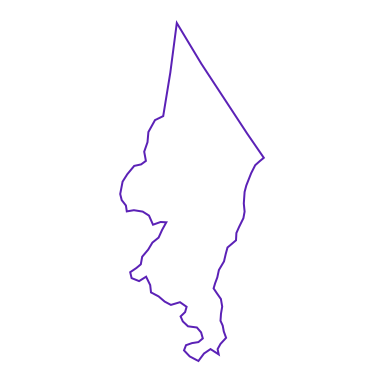 the district of Pedra Mole, Sergipe, Brazil
{"feature_id": "56859067B37266800434782", "entity_name": "Pedra Mole", "entity_type": "district", "adm_level": 2, "iso_a3": "BRA", "parent_name": "Brazil", "parent_adm1": "Sergipe", "projection": "orthographic", "projection_center": [-37.683, -10.623], "detail": "fine", "context": "isolated", "style": "outline", "palette": "violet", "viewbox_px": 384, "rotation_deg": 0, "n_neighbors": 0, "source": "geoboundaries", "source_scale": "gbopen_adm2", "svg_char_len": 1191}
<svg xmlns="http://www.w3.org/2000/svg" viewBox="0 0 384 384"><path d="M176.8,23.0L170.3,72.7L163.2,116.1L155.0,120.1L148.4,132.0L147.5,142.2L144.2,151.7L145.9,160.9L141.1,164.4L134.2,165.9L127.3,174.2L122.6,181.6L120.2,194.0L121.7,200.1L125.9,205.5L126.8,211.4L133.9,210.2L142.7,211.6L149.0,215.6L153.0,224.7L160.6,222.0L166.3,222.3L162.1,229.9L158.6,237.6L152.4,242.6L148.2,249.6L142.2,256.7L140.8,264.3L136.4,268.0L130.2,272.2L131.6,278.1L139.1,281.1L146.1,276.7L150.2,285.1L151.0,292.4L158.6,296.4L164.7,301.6L170.9,304.9L180.0,302.2L186.6,306.8L185.1,312.1L180.6,316.4L182.8,321.4L188.0,326.3L196.9,327.5L201.1,332.4L202.8,338.4L198.4,342.1L192.0,343.1L186.0,345.2L184.0,350.4L189.7,356.4L198.4,361.0L204.0,353.5L210.5,349.1L218.7,354.4L217.6,349.1L220.5,343.9L226.1,337.8L223.8,331.5L222.7,325.6L220.5,320.8L221.0,313.6L222.2,306.6L220.9,299.0L216.7,293.0L213.6,288.4L215.1,283.3L217.3,277.4L218.9,270.0L224.0,261.4L225.8,253.7L227.5,247.5L236.0,240.3L236.4,233.0L239.1,226.9L243.4,218.2L244.6,211.6L243.8,203.5L244.6,191.9L246.3,185.5L248.7,179.4L251.2,173.1L255.2,165.2L259.8,161.1L263.8,157.8L247.1,133.5L201.3,63.7L176.8,23.0Z" fill="none" stroke="#5b21b6" stroke-width="2"/></svg>